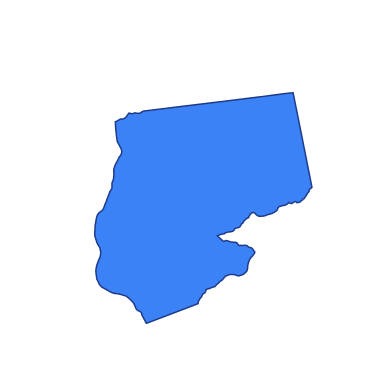 Piçarra, Pará, Brazil, rotated 120°
{"feature_id": "56859067B84152157059317", "entity_name": "Piçarra", "entity_type": "district", "adm_level": 2, "iso_a3": "BRA", "parent_name": "Brazil", "parent_adm1": "Pará", "projection": "orthographic", "projection_center": [-48.935, -6.553], "detail": "fine", "context": "isolated", "style": "filled", "palette": "blue", "viewbox_px": 384, "rotation_deg": 120, "n_neighbors": 0, "source": "geoboundaries", "source_scale": "gbopen_adm2", "svg_char_len": 3084}
<svg xmlns="http://www.w3.org/2000/svg" viewBox="0 0 384 384"><g transform="rotate(120 192 192)"><path d="M55.5,154.1L59.9,160.2L75.8,181.0L102.5,216.4L119.3,238.8L146.2,274.5L148.3,275.8L150.1,276.7L151.4,279.2L152.0,281.1L154.2,282.8L155.1,286.0L157.7,286.4L159.5,286.4L161.5,287.1L162.9,288.1L163.9,288.6L164.0,289.7L164.6,290.5L167.8,292.2L169.5,293.5L175.1,289.9L176.9,288.6L183.2,283.9L185.7,281.9L187.6,278.8L188.5,277.4L190.0,275.0L192.2,272.8L195.3,272.1L198.3,272.5L201.5,272.2L206.3,272.1L208.3,271.8L211.0,271.2L212.9,270.3L216.0,268.3L217.2,267.8L219.5,266.7L221.6,266.1L223.3,266.0L224.8,265.5L228.4,263.4L230.0,263.1L232.8,263.3L237.9,262.4L241.4,261.9L243.2,261.4L245.3,261.3L249.9,260.5L251.6,260.3L253.3,260.7L254.3,261.2L256.8,262.3L259.2,262.4L260.5,262.2L263.0,261.5L270.5,258.7L271.5,258.0L276.3,255.7L278.7,254.1L283.4,249.0L284.6,247.2L286.1,244.3L287.3,242.9L288.3,242.3L289.9,240.8L292.6,239.6L294.8,239.0L297.3,238.9L303.6,237.7L307.4,236.3L308.8,235.6L311.0,234.0L312.9,232.5L314.9,231.0L316.8,228.1L317.7,227.0L318.3,226.0L318.8,224.6L319.5,222.3L319.4,221.2L319.3,212.1L318.8,208.9L318.1,207.3L317.6,206.4L316.3,202.4L316.0,201.0L315.7,199.4L315.1,197.5L315.3,195.3L315.6,193.4L316.5,189.7L317.4,187.1L318.5,185.3L319.2,184.5L320.0,183.4L321.1,182.1L321.8,179.8L321.5,178.1L321.5,176.8L321.8,175.8L322.3,174.8L323.4,174.2L324.0,173.1L324.6,172.0L325.4,171.1L326.5,169.1L327.6,167.5L328.5,165.8L292.7,136.6L285.6,130.9L283.3,131.9L281.5,131.6L280.0,132.0L278.7,131.3L275.4,131.7L272.9,130.5L271.5,130.4L269.4,131.0L268.5,130.4L266.8,128.5L264.9,127.2L262.5,124.9L259.6,124.3L258.3,123.7L255.5,123.0L253.0,121.8L248.4,121.0L247.2,120.2L245.7,119.0L244.2,117.5L242.6,114.6L241.9,112.1L241.8,110.7L241.0,109.3L238.6,107.1L236.9,106.0L233.9,105.1L232.9,105.0L231.8,105.2L229.8,105.9L228.7,106.6L225.5,107.7L222.1,108.3L220.1,108.3L216.9,107.6L213.7,107.2L212.3,107.8L212.1,108.8L210.9,111.1L210.7,112.7L211.4,115.6L210.9,117.6L211.9,120.0L213.2,121.8L213.8,122.7L214.0,123.7L214.9,124.4L214.5,126.0L213.6,127.3L213.7,129.1L214.6,130.3L214.9,131.6L216.0,133.6L216.1,135.1L217.0,138.3L218.5,139.5L219.0,140.5L217.3,148.2L215.8,147.0L214.8,146.2L213.7,145.2L211.8,142.9L210.6,142.8L209.1,141.2L208.1,140.1L207.6,139.2L206.3,137.7L205.3,136.9L204.0,136.5L202.3,136.6L200.5,135.2L199.7,134.0L198.3,133.2L196.7,133.0L195.1,133.3L194.0,132.6L191.8,132.4L190.8,132.4L189.4,132.0L188.0,131.5L186.8,130.9L186.0,130.2L184.6,130.5L181.9,130.3L180.7,130.1L179.4,129.1L178.7,127.1L179.5,125.3L179.7,122.6L179.1,120.9L178.2,119.7L177.5,118.6L175.9,116.7L174.8,116.1L173.9,115.2L170.4,111.8L169.2,111.1L167.1,109.9L166.1,109.5L164.6,109.2L163.0,109.6L160.9,109.2L159.8,107.8L158.2,106.7L157.6,105.5L156.6,104.6L154.3,103.2L152.4,102.8L152.7,101.2L152.2,99.9L150.2,98.9L148.7,98.0L148.4,97.0L148.8,95.7L147.6,94.4L146.5,93.3L145.3,93.2L143.7,92.3L142.6,92.5L141.6,91.5L139.7,91.5L138.0,91.3L136.4,91.3L135.0,91.3L134.1,91.1L133.0,90.9L131.1,91.7L129.1,90.7L127.9,90.5L118.0,99.2L93.8,120.4L90.0,123.7L55.5,154.1Z" fill="#3b82f6" stroke="#1e3a8a" stroke-width="1.5"/></g></svg>